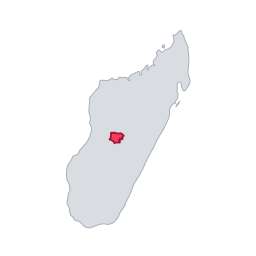 Mandoto, Vakinankaratra, Madagascar shown in context, rotated 10°
{"feature_id": "10022922B69129581267436", "entity_name": "Mandoto", "entity_type": "district", "adm_level": 2, "iso_a3": "MDG", "parent_name": "Madagascar", "parent_adm1": "Vakinankaratra", "projection": "mercator", "projection_center": [46.306, -19.727], "detail": "fine", "context": "in_parent", "style": "filled", "palette": "rose", "viewbox_px": 256, "rotation_deg": 10, "n_neighbors": 0, "source": "geoboundaries", "source_scale": "gbopen_adm2", "svg_char_len": 6180}
<svg xmlns="http://www.w3.org/2000/svg" viewBox="0 0 256 256"><g transform="rotate(10 128 128)"><path d="M167.2,28.3L167.9,29.9L168.7,31.4L171.1,35.0L172.2,36.4L173.1,37.9L173.5,40.9L175.1,45.6L176.5,52.6L177.0,59.7L177.5,63.1L178.6,66.2L180.5,69.4L181.1,73.0L179.9,76.7L178.3,80.2L177.8,80.9L177.1,81.8L176.7,81.7L175.4,80.8L174.3,79.3L172.9,75.9L172.4,74.1L171.8,73.8L170.2,74.0L169.1,75.1L168.8,75.8L169.1,77.7L169.5,79.5L169.7,81.3L169.8,83.5L170.2,84.2L170.8,84.8L171.5,86.3L171.6,89.8L171.2,91.6L170.1,93.1L170.2,94.0L170.6,94.9L170.2,95.4L168.7,96.1L168.0,96.6L167.2,98.2L165.9,101.4L165.7,103.0L166.6,108.0L166.3,111.5L164.6,118.3L163.7,121.5L162.3,125.4L160.2,130.5L158.1,136.9L156.3,143.5L155.0,147.4L153.5,151.4L151.5,158.3L149.8,165.4L147.2,173.2L143.6,181.9L143.3,183.1L142.5,187.5L141.7,191.4L140.8,195.3L138.8,201.7L138.6,203.7L138.1,205.6L136.2,209.6L135.4,211.1L134.8,212.7L134.5,214.7L133.9,216.7L132.5,220.3L130.4,223.4L129.0,224.5L125.9,226.2L124.4,226.5L120.9,226.5L117.5,227.5L114.1,229.3L110.7,231.4L109.4,232.3L108.0,232.9L103.5,233.0L102.2,232.6L97.8,229.2L96.1,228.6L92.8,228.1L91.8,227.9L90.9,227.4L89.6,225.6L87.0,224.1L86.3,223.7L86.0,222.6L85.7,221.5L85.0,220.3L84.5,217.9L83.6,216.3L81.2,213.4L81.0,212.4L80.8,209.3L80.9,207.3L80.6,203.5L80.9,201.7L81.7,200.0L81.4,198.3L80.5,196.5L80.2,194.6L79.5,192.9L77.0,189.8L76.4,188.2L76.0,186.7L75.0,181.8L74.9,180.1L75.1,176.5L75.4,174.6L76.0,173.3L76.2,172.4L76.6,171.5L77.2,170.9L77.6,170.1L78.5,165.5L79.7,164.5L81.5,163.9L82.9,162.7L83.7,161.1L84.5,157.8L86.8,154.5L87.6,152.7L89.4,150.1L90.9,146.5L91.4,144.7L91.8,143.0L92.2,139.1L92.5,137.2L92.4,135.3L91.5,133.3L89.3,129.8L89.3,129.1L89.4,126.5L89.3,124.6L88.5,122.7L87.4,120.9L86.4,117.6L85.9,112.1L86.0,110.1L85.7,108.3L85.0,106.6L85.5,103.7L92.0,93.1L92.2,91.9L92.0,88.7L92.1,86.8L92.3,86.1L92.8,85.7L93.9,85.5L99.2,85.0L99.9,84.7L101.2,83.8L103.0,82.1L103.8,81.6L104.5,81.8L105.0,82.5L105.6,82.9L107.7,82.2L108.5,82.1L109.3,82.3L109.7,81.5L109.9,80.6L110.2,79.9L110.8,79.5L113.5,79.3L115.3,79.0L117.5,78.4L118.0,78.5L119.8,80.9L120.4,81.1L121.1,81.2L121.7,80.8L120.2,79.5L120.0,78.8L120.1,78.0L120.9,76.3L122.2,74.9L125.1,72.9L128.2,70.6L129.1,70.5L129.8,70.8L130.4,73.6L130.3,74.0L130.8,74.1L131.4,73.7L131.9,72.6L131.9,71.7L131.5,70.8L131.3,70.1L131.3,69.4L132.8,67.8L134.0,66.3L134.6,64.4L135.1,63.6L136.4,62.6L136.7,62.8L137.0,63.5L137.2,64.4L136.9,65.2L136.4,66.0L136.2,67.1L136.9,67.3L137.6,67.0L138.6,65.1L139.8,63.2L140.4,62.3L141.3,61.6L142.7,61.7L144.1,62.1L141.8,60.2L141.3,57.6L143.9,53.0L144.0,52.0L144.4,51.7L144.5,51.4L143.2,49.8L142.9,49.0L143.1,47.9L143.7,46.8L144.3,46.1L145.2,45.8L145.9,46.2L147.4,47.5L148.4,47.7L149.6,46.5L150.6,45.0L152.0,43.9L153.7,43.3L156.3,40.9L158.0,35.9L158.1,34.4L157.7,32.6L157.2,31.0L156.2,28.9L156.4,28.4L157.8,28.7L158.3,28.4L159.8,26.5L162.3,23.0L163.2,23.0L163.9,23.6L164.2,24.6L164.6,25.3L166.3,27.0L167.2,28.3ZM149.6,42.3L149.7,42.9L147.7,42.7L147.4,40.8L148.4,40.7L148.6,39.9L149.1,39.8L149.8,41.5L149.6,42.3ZM173.1,96.2L171.4,99.0L171.9,96.7L173.8,93.3L174.3,93.0L173.1,96.2Z" fill="#d9dde1" stroke="#a8b0b8" stroke-width="1"/><path d="M125.2,136.5L125.1,136.4L125.1,136.2L125.0,135.9L124.9,135.9L124.6,135.8L124.4,136.0L124.3,135.9L124.1,135.8L124.0,135.7L123.7,135.1L123.2,134.8L123.0,134.7L122.9,134.8L122.7,134.6L122.3,134.6L122.0,134.8L121.9,134.8L121.8,134.6L121.7,134.5L121.6,134.4L121.5,134.5L121.4,134.5L121.3,134.4L121.2,134.4L121.1,134.5L120.9,134.6L120.7,134.9L120.4,134.8L120.3,135.0L120.2,135.1L119.9,135.1L119.7,135.2L119.4,135.0L119.2,135.1L118.9,135.2L118.7,135.2L118.4,135.1L118.3,135.3L118.2,135.3L118.1,135.1L117.9,134.9L117.7,134.9L117.4,134.9L117.3,135.0L117.3,135.3L117.2,135.3L117.1,135.5L116.9,135.5L116.7,135.4L116.6,135.2L116.4,135.2L116.1,135.2L115.7,135.1L115.7,134.9L115.4,135.0L115.3,134.9L115.1,135.1L114.9,135.3L114.6,135.1L114.4,135.2L114.4,135.3L114.2,135.5L113.9,135.7L113.7,135.5L113.7,135.4L113.7,135.2L113.1,135.4L113.0,135.6L112.9,135.6L112.6,135.6L112.4,135.7L112.2,135.5L112.0,135.8L112.1,136.0L112.2,136.3L112.2,136.6L112.0,136.9L112.0,137.0L112.2,137.3L112.4,137.3L112.5,137.4L112.7,137.5L112.7,137.8L112.5,138.1L112.6,138.4L112.7,138.5L112.8,138.6L112.8,138.8L112.7,138.9L112.8,139.0L112.7,139.2L112.7,139.4L112.6,139.5L112.4,139.6L112.3,139.8L112.4,140.1L112.5,140.3L112.7,140.7L112.7,140.8L112.6,141.0L112.3,141.2L112.3,141.4L112.3,141.5L112.2,141.5L112.3,141.5L112.2,141.6L112.3,141.8L112.2,141.9L112.3,141.9L112.1,142.0L111.9,142.1L111.9,142.3L112.1,142.5L112.4,142.9L112.5,142.9L112.8,142.8L113.0,142.8L113.1,142.6L113.4,142.7L113.7,142.9L113.8,143.0L114.0,143.1L114.4,143.1L114.7,143.0L114.8,143.0L115.1,143.1L115.3,143.2L115.4,143.3L115.5,143.4L115.5,143.5L116.0,143.4L116.2,143.7L116.3,144.0L116.3,144.3L116.4,144.5L116.5,144.6L117.0,144.7L117.2,144.8L117.3,144.9L117.3,145.0L117.2,145.3L117.3,145.5L117.5,145.4L117.6,145.2L117.8,145.0L117.9,144.9L118.0,144.9L118.3,144.6L118.3,144.4L118.5,144.3L118.7,144.5L118.9,144.6L119.3,144.5L119.5,144.4L119.8,144.3L120.0,144.2L120.1,144.3L120.4,144.2L120.5,144.2L120.8,144.0L120.9,143.9L121.0,143.9L121.2,144.0L121.3,144.0L121.5,144.0L121.8,144.0L122.0,144.1L122.3,144.0L122.2,143.8L122.1,143.7L122.2,143.4L122.3,143.3L122.2,143.2L122.3,143.1L122.0,143.0L122.0,142.9L121.9,142.8L121.7,142.7L121.8,142.6L121.7,142.6L121.8,142.4L121.6,142.2L121.6,142.3L121.5,142.2L121.5,141.9L121.4,141.9L121.4,141.7L121.2,141.6L121.1,141.4L121.1,141.2L121.3,141.2L121.6,141.3L121.7,141.1L121.8,141.2L121.8,140.9L121.7,140.9L121.8,140.9L121.8,140.7L121.8,140.3L122.1,140.1L122.2,139.8L122.1,139.7L122.3,139.7L122.4,139.9L122.5,139.9L122.5,140.0L122.6,139.9L122.8,139.8L122.8,139.7L123.0,139.6L123.1,139.8L123.3,139.9L123.5,140.0L123.5,139.9L123.5,139.7L123.6,139.8L123.6,140.0L123.7,139.9L123.8,139.9L123.8,140.0L124.0,140.1L124.3,140.1L124.3,139.9L124.5,139.8L124.4,139.7L124.3,139.4L124.1,139.3L124.1,139.1L124.3,139.0L124.2,138.8L124.3,138.8L124.3,138.6L124.3,138.4L124.0,138.2L123.9,137.9L123.9,137.7L124.0,137.6L124.3,137.8L124.3,137.6L124.2,137.4L124.3,137.4L124.6,137.5L124.8,137.4L124.9,137.2L125.0,137.1L125.0,136.9L125.2,136.7L125.2,136.5Z" fill="#f43f5e" stroke="#9f1239" stroke-width="1.5"/></g></svg>